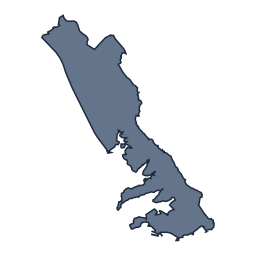 outline of Devonport-Takapuna Local Board Area, Auckland, New Zealand
{"feature_id": "76426892B81581642165693", "entity_name": "Devonport-Takapuna Local Board Area", "entity_type": "district", "adm_level": 2, "iso_a3": "NZL", "parent_name": "New Zealand", "parent_adm1": "Auckland", "projection": "albers", "projection_center": [174.779, -36.789], "detail": "fine", "context": "isolated", "style": "filled", "palette": "slate", "viewbox_px": 256, "rotation_deg": 0, "n_neighbors": 0, "source": "geoboundaries", "source_scale": "gbopen_adm2", "svg_char_len": 6021}
<svg xmlns="http://www.w3.org/2000/svg" viewBox="0 0 256 256"><path d="M63.2,15.4L59.5,17.6L58.4,24.4L59.5,25.6L56.4,27.3L54.3,26.9L52.9,27.9L53.4,28.6L50.7,30.6L47.7,32.1L48.9,33.7L43.6,35.0L42.9,35.5L41.9,37.5L56.1,52.4L60.5,58.8L63.1,64.3L65.8,72.7L72.3,88.1L94.5,132.6L97.5,137.4L106.3,149.1L107.9,153.2L111.4,152.5L108.3,151.3L114.7,146.9L115.8,144.4L118.1,144.7L119.3,142.7L118.8,141.5L117.3,141.4L116.7,140.6L117.1,134.4L118.6,132.3L118.7,131.5L118.2,130.3L119.7,130.6L119.8,131.8L120.4,132.5L122.8,132.0L122.0,133.4L122.3,134.0L120.1,134.3L119.8,135.0L120.0,136.0L122.1,137.6L126.6,138.0L124.8,139.0L123.9,140.7L124.3,141.4L126.8,141.7L124.4,143.9L122.7,144.2L121.2,143.9L120.9,145.2L121.0,147.3L121.6,147.9L124.1,147.6L124.8,146.4L125.1,145.0L125.5,144.5L126.4,144.3L128.7,145.3L130.2,146.9L131.3,147.2L131.7,148.0L130.3,148.2L128.5,147.2L127.5,147.3L125.1,150.6L125.2,153.0L125.9,153.5L126.1,154.5L125.4,154.9L123.9,154.4L122.8,154.8L122.8,156.5L123.9,158.6L125.9,159.9L127.0,160.1L127.5,161.4L127.2,163.2L127.7,164.4L130.1,165.5L131.1,166.5L131.3,167.5L131.8,167.7L131.7,169.2L133.3,171.1L135.9,172.1L136.8,171.4L138.0,169.1L139.2,168.3L139.4,167.7L140.4,167.4L142.1,165.5L142.3,164.7L143.3,165.1L144.2,163.9L147.2,161.8L147.3,161.2L146.6,160.2L147.7,160.8L148.9,159.4L149.4,159.2L149.0,159.6L148.9,160.5L149.1,160.8L148.2,162.7L147.3,163.4L146.8,166.2L143.2,171.6L142.8,174.4L144.5,175.4L147.7,175.8L150.5,175.0L152.5,173.2L153.6,172.7L154.2,171.8L154.8,171.5L155.2,171.8L153.7,173.7L153.7,174.3L154.2,175.0L152.9,174.5L152.3,175.4L151.9,175.4L151.0,176.9L150.9,178.0L150.6,177.6L148.4,178.5L147.2,178.6L146.8,179.0L147.1,179.6L146.8,180.1L145.5,180.0L146.0,179.1L145.4,179.1L145.3,178.6L144.1,179.4L143.9,181.2L144.9,181.4L145.0,182.3L143.8,184.5L141.4,185.5L138.8,185.4L138.4,185.8L134.6,187.2L131.9,188.7L130.1,188.7L129.6,188.2L127.9,188.0L125.6,189.2L124.4,190.5L123.4,192.5L121.5,193.5L121.6,194.5L121.2,196.2L121.9,197.5L121.9,200.1L121.7,200.8L121.3,200.5L120.8,201.2L121.1,201.6L118.9,201.8L117.9,206.3L117.0,207.7L117.2,209.3L118.2,210.1L120.2,207.6L120.6,207.6L120.7,208.2L121.0,204.3L126.0,200.6L127.4,200.3L129.9,198.5L132.3,198.4L133.8,197.4L135.3,197.5L137.3,196.6L138.5,197.3L140.5,195.2L144.1,194.7L145.7,193.5L151.4,191.9L154.0,192.4L155.4,191.2L158.2,190.3L160.6,190.8L161.3,189.9L163.5,188.5L161.4,190.1L159.1,193.2L158.5,195.0L156.8,196.3L155.4,198.2L153.8,199.8L153.1,199.8L152.9,201.2L155.6,202.6L157.9,202.4L158.8,201.8L160.0,201.9L162.7,200.9L165.9,201.4L168.4,200.6L171.2,198.9L171.8,197.5L174.2,197.6L175.2,200.0L171.6,202.5L169.6,205.0L173.9,209.5L173.2,209.5L169.3,211.6L168.0,213.4L167.6,215.3L166.9,214.9L166.8,213.9L165.2,213.6L161.6,211.3L159.6,210.7L159.5,211.5L160.4,212.3L160.9,213.5L159.6,214.3L155.6,214.8L155.8,213.8L156.9,212.9L157.3,212.0L155.3,209.6L154.3,209.0L146.0,214.6L146.5,218.0L146.1,219.2L145.8,218.6L144.7,217.9L140.0,217.2L139.0,216.7L138.4,217.3L137.0,217.6L136.4,218.1L134.5,218.3L133.3,221.3L133.7,222.0L133.5,223.2L130.9,224.2L129.7,225.1L131.3,229.0L132.6,229.0L136.2,227.3L138.2,227.3L140.2,226.3L141.2,223.5L142.0,222.7L142.6,222.7L142.6,222.3L144.5,222.0L147.1,222.2L148.3,222.6L149.1,223.3L148.6,224.5L148.1,224.8L148.6,224.6L148.7,225.0L147.7,226.5L148.4,226.0L148.9,225.0L149.3,225.1L148.9,226.2L149.2,226.3L149.5,225.3L150.1,225.5L149.8,226.6L150.3,225.6L150.8,225.8L155.4,230.4L154.4,232.0L151.5,231.1L158.2,233.9L157.5,235.5L151.9,234.2L151.9,234.6L157.9,236.0L157.8,235.6L158.5,234.0L158.8,234.2L159.9,232.8L161.8,235.8L162.1,235.6L160.1,232.7L160.6,232.3L167.5,232.3L171.3,233.4L178.2,237.8L178.0,238.7L176.3,238.9L178.4,239.2L178.0,240.1L176.0,240.3L176.0,240.6L178.6,240.4L178.5,239.5L179.3,237.9L180.8,237.4L182.7,237.4L182.8,237.1L182.4,236.7L182.6,236.3L184.1,235.0L187.9,235.0L191.4,233.2L191.8,233.4L192.2,234.3L192.8,234.2L192.9,233.8L193.2,234.3L193.4,234.0L193.0,233.7L193.3,232.9L193.1,232.8L194.0,231.6L197.3,229.3L199.4,227.2L199.8,227.3L200.4,226.5L201.8,226.2L202.2,226.3L202.2,226.8L202.4,226.3L204.1,226.8L203.4,227.5L205.5,229.9L206.2,231.6L206.0,231.9L206.6,231.7L206.3,231.6L205.7,230.1L206.3,230.3L208.9,229.5L211.6,229.6L213.6,227.1L213.9,226.3L214.1,223.2L213.4,221.9L213.2,222.1L213.2,220.2L211.8,219.6L211.3,218.6L210.0,219.3L208.2,218.4L203.4,212.3L198.4,204.7L199.0,204.1L199.3,202.6L199.8,198.8L200.4,197.4L201.3,196.9L201.8,197.1L201.7,196.4L202.1,195.8L202.2,194.6L201.1,192.5L199.8,192.1L196.6,190.2L195.0,189.8L193.3,188.6L191.1,187.9L186.8,184.9L185.6,183.4L185.5,182.6L184.6,181.6L184.6,181.1L185.3,180.5L185.4,179.8L184.7,179.9L185.1,179.7L183.4,178.3L181.0,173.8L178.1,170.6L178.2,169.9L177.5,168.2L176.5,167.1L175.4,166.6L174.2,163.0L171.8,158.9L171.0,156.2L170.0,155.8L166.1,152.8L164.8,152.7L164.4,151.6L163.8,151.9L163.4,151.3L163.3,151.7L162.8,150.6L162.7,151.1L162.4,151.0L162.5,150.4L162.2,150.0L161.4,150.2L159.7,148.7L158.9,148.5L158.2,147.1L157.8,146.8L158.2,146.5L157.9,145.6L156.4,145.4L154.8,144.2L153.7,142.8L152.8,140.4L152.2,139.6L148.5,138.8L148.5,139.1L147.8,138.4L148.0,138.1L145.1,135.0L144.7,134.0L143.3,133.2L141.4,130.9L140.8,130.6L138.5,127.7L138.1,126.9L138.4,126.8L137.7,125.9L137.5,126.1L136.1,124.1L136.6,123.7L135.3,119.6L135.6,117.1L136.2,115.5L136.9,115.6L137.8,116.2L139.1,115.9L138.4,113.7L139.8,111.3L139.4,110.4L139.3,107.8L139.5,107.5L139.3,106.9L140.1,105.0L141.6,103.5L141.6,102.4L140.6,100.7L139.6,100.2L139.3,100.4L138.5,99.8L138.7,99.7L138.2,95.4L137.6,95.2L137.4,94.4L138.8,92.5L138.0,92.6L137.2,90.5L137.5,87.8L135.7,86.0L134.0,85.1L132.6,83.6L129.9,79.6L126.6,77.0L123.1,72.6L119.2,65.8L118.3,64.7L118.3,64.2L120.5,63.3L120.8,62.7L121.0,62.0L120.3,60.5L120.3,59.9L120.6,58.7L121.0,58.7L121.3,57.5L121.3,56.6L121.0,56.7L120.8,56.3L122.0,53.4L123.1,52.6L125.9,53.7L125.2,51.5L123.8,48.9L114.9,38.4L113.6,35.4L110.9,35.5L110.7,35.0L105.3,37.8L94.5,49.4L87.1,44.8L87.0,42.5L88.0,39.8L87.7,38.2L86.0,35.9L83.1,34.0L79.6,31.0L77.7,24.8L76.2,22.1L73.7,21.0L68.1,21.3L67.0,21.0L64.9,19.2L63.5,16.8L63.2,15.4Z" fill="#64748b" stroke="#1e293b" stroke-width="1.5"/></svg>